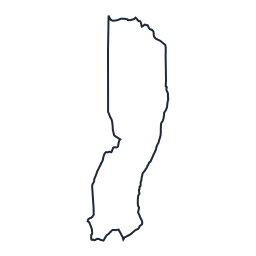 Barva, Heredia, Costa Rica (Equal Earth projection)
{"feature_id": "36466004B93518789602304", "entity_name": "Barva", "entity_type": "district", "adm_level": 2, "iso_a3": "CRI", "parent_name": "Costa Rica", "parent_adm1": "Heredia", "projection": "equal_earth", "projection_center": [-84.115, 10.073], "detail": "fine", "context": "isolated", "style": "outline", "palette": "slate", "viewbox_px": 256, "rotation_deg": 0, "n_neighbors": 0, "source": "geoboundaries", "source_scale": "gbopen_adm2", "svg_char_len": 5663}
<svg xmlns="http://www.w3.org/2000/svg" viewBox="0 0 256 256"><path d="M165.4,45.1L160.5,41.0L158.4,39.9L157.0,39.3L156.5,39.0L156.3,39.0L154.8,37.6L154.7,37.4L154.4,37.1L153.9,36.0L153.9,35.5L153.7,34.8L153.7,33.1L153.5,32.0L153.4,31.8L153.4,31.5L153.1,31.0L152.9,30.8L152.8,30.6L152.6,30.5L152.2,30.3L152.1,30.0L151.8,29.9L151.5,29.6L150.8,29.5L150.7,29.4L150.3,29.4L149.7,29.0L149.0,28.0L148.9,27.8L148.6,27.4L148.6,27.2L148.1,26.2L147.8,25.5L147.6,25.2L146.5,25.2L146.3,25.1L145.9,25.1L145.5,24.7L144.5,24.7L144.4,24.9L142.9,26.0L142.7,26.2L142.1,26.5L141.8,26.6L141.4,25.2L141.4,24.7L141.3,24.3L141.1,23.7L140.7,22.2L140.1,21.3L139.9,21.1L138.6,21.1L138.3,20.9L137.8,20.3L137.7,20.0L137.4,19.8L136.7,18.7L135.4,17.7L135.1,18.0L134.4,18.8L133.8,19.2L133.4,19.2L132.7,19.5L132.3,19.5L132.0,19.7L131.7,19.7L131.4,19.9L130.8,20.0L130.5,20.1L128.0,20.1L128.0,19.9L127.8,19.8L127.7,19.6L127.3,19.3L127.1,19.3L126.6,19.1L126.0,19.1L125.1,18.8L123.4,18.8L123.1,18.7L121.2,18.7L120.7,18.9L120.3,19.0L120.0,19.2L119.8,19.2L118.8,19.7L118.0,19.8L117.5,20.1L116.4,20.4L115.1,20.5L114.0,20.7L112.5,20.7L112.0,20.5L111.2,20.0L111.0,19.9L110.8,19.6L110.6,19.6L110.4,19.2L109.2,17.3L108.9,16.2L108.6,15.6L108.6,15.4L108.0,50.2L108.1,111.8L109.9,116.2L109.9,116.5L110.1,116.8L110.7,118.1L110.9,118.2L111.3,119.1L111.5,119.4L111.8,120.2L112.3,122.8L112.3,123.3L112.4,123.9L112.6,125.5L112.6,126.1L112.7,126.5L112.8,129.2L113.0,130.7L113.4,132.1L113.5,132.7L113.7,133.4L113.7,133.7L114.0,135.0L114.4,135.6L120.3,139.4L119.4,140.3L118.8,141.9L118.6,142.6L118.6,143.3L118.5,143.7L118.5,144.0L118.0,146.3L117.8,146.6L117.3,147.1L116.8,147.3L113.6,147.3L113.2,147.7L112.9,148.5L112.3,150.1L112.2,150.2L111.8,151.5L111.3,152.2L110.7,152.2L109.8,151.8L109.2,151.7L108.7,151.9L108.3,152.2L107.6,152.3L107.1,152.3L106.7,152.1L106.0,152.1L105.2,152.9L104.7,153.6L104.1,154.8L103.9,155.4L103.2,157.8L103.2,158.1L103.1,158.4L103.1,158.8L102.7,160.3L102.4,161.1L101.9,162.1L101.4,162.9L101.1,163.7L100.8,163.7L100.8,163.8L100.5,165.0L100.1,165.8L99.8,166.1L99.4,166.9L99.1,167.8L98.7,168.4L98.1,169.8L97.2,171.3L96.8,172.8L95.7,175.7L95.7,175.8L95.5,176.2L94.9,177.6L94.7,177.9L94.5,178.4L94.4,178.5L94.3,178.9L94.2,180.1L94.2,180.9L94.0,181.4L93.9,181.8L93.8,182.0L93.7,182.1L93.1,183.3L92.8,183.7L92.4,184.5L92.3,185.0L92.2,185.8L92.3,188.8L93.6,208.2L93.7,214.7L93.1,215.6L92.4,216.7L92.0,217.1L91.6,217.3L91.3,217.8L90.6,217.9L89.9,218.1L88.5,219.1L88.3,219.3L88.0,219.9L87.7,221.3L88.2,221.5L88.6,221.9L88.8,221.9L89.4,222.8L90.4,225.1L90.7,226.1L91.1,227.0L91.2,227.6L91.3,227.7L91.6,228.4L91.9,229.4L92.0,230.0L92.1,231.4L92.2,232.2L92.2,233.0L92.1,233.9L92.0,234.0L91.9,234.2L91.3,234.7L91.2,235.4L91.2,237.9L91.3,238.5L91.3,239.3L91.5,239.6L91.7,239.8L91.9,239.9L92.6,239.9L92.8,239.7L93.3,239.6L94.1,240.2L94.4,240.2L94.8,240.1L95.1,240.1L95.6,239.8L95.9,239.4L97.0,239.0L97.5,239.0L97.5,238.9L98.5,238.9L99.4,239.1L100.0,239.7L100.7,239.9L101.3,240.0L103.4,240.6L103.8,240.1L104.3,239.3L104.7,238.4L104.7,238.2L104.9,238.0L105.4,237.1L105.9,236.5L106.1,236.0L106.5,235.6L107.3,234.7L108.6,234.0L109.3,233.2L109.6,232.7L109.9,232.3L110.4,232.0L110.7,231.9L111.2,231.1L112.0,230.4L112.6,230.0L113.1,230.0L115.8,230.1L116.2,230.0L118.6,229.6L122.6,237.0L123.3,239.5L123.6,239.0L123.7,238.9L124.1,238.2L124.2,237.7L124.5,237.4L125.9,236.8L127.0,236.1L127.4,236.1L128.2,235.6L128.8,235.4L129.0,235.1L129.7,234.8L130.6,234.2L131.0,233.9L131.8,233.2L132.0,233.1L132.2,232.9L135.0,230.4L138.2,228.8L139.1,227.6L139.2,227.1L139.4,226.9L139.8,225.9L140.9,225.2L141.9,224.4L142.3,222.9L142.2,222.6L142.2,221.8L142.1,221.4L141.9,220.9L141.8,220.5L141.5,220.1L141.3,219.4L140.9,218.8L140.9,218.6L140.5,217.8L140.3,217.5L140.0,216.8L140.0,216.7L139.8,216.4L139.4,215.1L139.0,214.5L138.9,214.2L138.5,213.3L138.1,212.3L138.6,209.9L138.9,208.2L139.0,207.3L138.8,207.0L138.2,206.2L137.9,205.1L137.9,204.2L137.8,203.4L137.8,199.3L137.9,198.7L138.0,197.3L138.2,195.9L138.7,194.7L139.4,193.7L139.3,192.7L139.1,191.9L139.1,190.8L139.0,190.4L139.0,189.7L139.4,189.4L139.6,186.9L139.6,186.6L140.1,186.5L140.3,186.3L140.5,185.6L140.7,185.0L140.6,182.1L140.8,181.7L141.2,181.1L141.4,180.2L141.4,179.7L141.6,178.5L141.7,177.3L142.2,175.6L142.2,175.1L142.6,173.7L143.0,172.9L145.2,170.2L145.6,169.2L146.0,168.8L146.5,168.1L146.9,167.6L147.4,166.0L147.6,165.6L148.1,165.2L148.3,164.8L148.7,163.5L149.2,162.5L149.6,162.1L150.5,161.6L150.9,160.3L151.1,160.3L152.7,156.6L152.8,156.4L153.1,155.5L153.3,155.3L153.6,154.5L153.9,154.0L153.9,153.8L154.5,152.8L154.6,152.4L155.0,151.6L155.0,151.4L155.2,151.1L155.3,150.7L155.5,150.5L155.7,150.0L156.0,149.5L156.1,148.6L156.3,147.9L156.3,147.7L156.4,147.3L156.7,146.5L156.7,146.2L157.0,145.4L157.4,144.8L157.8,143.8L158.5,142.7L158.6,142.4L158.6,142.1L158.8,141.8L158.9,140.9L159.1,140.5L159.2,139.8L159.4,139.2L159.5,139.0L159.8,138.3L159.9,138.0L160.1,136.9L160.3,136.6L160.3,136.1L160.5,135.7L160.5,135.4L160.6,134.8L160.7,134.6L160.7,132.9L160.8,132.4L160.8,128.2L160.9,127.7L160.9,125.0L161.0,124.9L161.0,124.1L161.6,122.4L162.6,121.3L163.3,119.3L163.6,117.9L163.7,117.0L163.7,116.9L163.8,116.4L164.0,115.8L164.0,115.4L164.1,115.0L164.1,113.2L164.2,112.5L164.4,112.2L164.7,111.9L165.9,110.2L166.2,109.6L166.3,108.9L166.5,108.3L166.9,107.6L167.1,107.0L167.1,105.7L167.3,104.5L167.6,102.0L167.8,101.2L168.2,99.2L168.3,98.9L168.0,97.8L168.0,96.8L167.9,96.0L167.9,95.6L168.0,95.4L168.0,94.1L167.8,93.0L167.5,92.7L167.3,91.9L166.7,90.7L166.5,90.2L166.4,89.6L166.4,88.8L166.7,87.7L166.8,87.2L166.5,86.8L166.0,86.6L165.8,86.5L165.7,86.1L166.0,80.3L165.6,55.4L165.6,53.8L165.7,53.3L165.7,48.1L165.4,45.8L165.4,45.1Z" fill="none" stroke="#1e293b" stroke-width="2"/></svg>